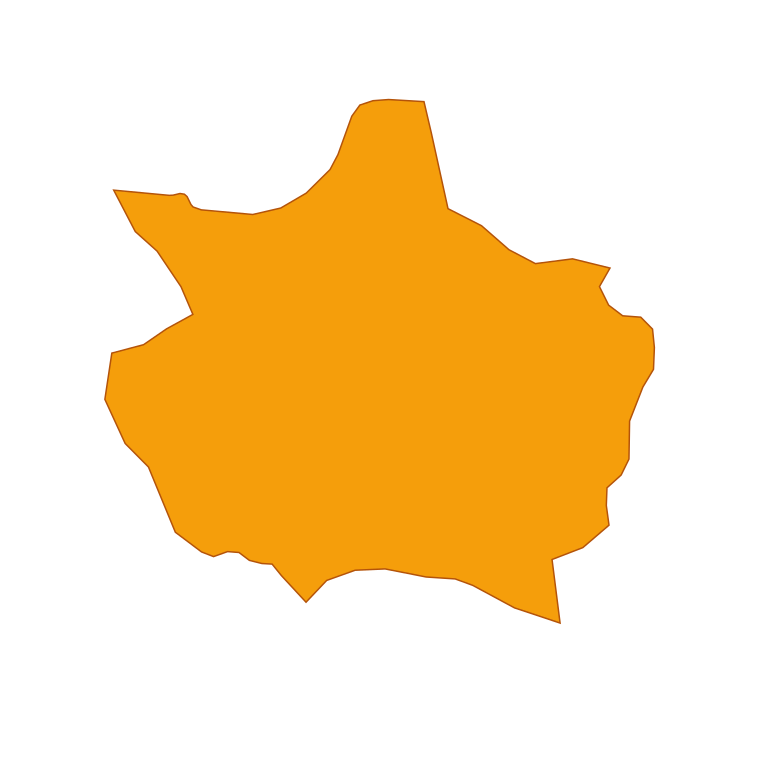 outline of Arua, rotated 75°
{"feature_id": "UGA-3080", "entity_name": "Arua", "entity_type": "County", "adm_level": 1, "iso_a3": "UGA", "parent_name": "Uganda", "parent_adm1": "", "projection": "albers", "projection_center": [31.087, 2.968], "detail": "fine", "context": "isolated", "style": "filled", "palette": "amber", "viewbox_px": 768, "rotation_deg": 75, "n_neighbors": 0, "source": "natural_earth", "source_scale": "10m", "svg_char_len": 1022}
<svg xmlns="http://www.w3.org/2000/svg" viewBox="0 0 768 768"><g transform="rotate(75 384 384)"><path d="M126.8,594.9L146.2,542.6L147.0,538.9L147.2,531.7L149.0,527.7L152.0,525.7L160.7,524.0L163.6,522.6L168.5,515.4L186.3,466.9L187.3,438.2L179.5,409.7L162.9,380.6L150.5,369.1L117.0,345.8L108.3,335.1L107.5,321.3L110.4,306.0L121.6,272.3L153.4,273.3L231.2,276.8L256.4,248.8L286.7,228.5L306.9,206.6L311.9,169.5L330.5,135.7L345.7,150.7L366.0,146.6L379.9,135.8L385.9,118.7L400.5,110.4L418.8,113.4L439.6,119.9L453.9,134.7L483.4,156.4L519.9,166.8L533.3,178.5L542.0,195.5L558.9,200.7L578.6,203.2L593.5,234.3L597.0,267.1L660.5,275.8L634.1,315.8L601.4,350.5L590.7,365.7L581.3,393.3L562.9,430.8L556.4,460.1L558.9,490.2L574.6,515.8L542.5,532.7L529.0,538.7L525.8,548.4L519.5,559.7L509.2,567.7L505.4,578.5L506.6,593.3L499.0,603.7L473.2,623.9L403.2,633.0L374.5,649.4L326.6,657.6L283.7,638.9L283.8,606.1L274.4,579.6L267.3,550.6L237.5,554.9L196.9,568.8L172.4,584.8L126.8,594.9Z" fill="#f59e0b" stroke="#b45309" stroke-width="1.5"/></g></svg>